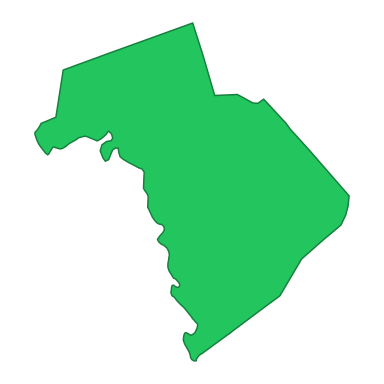 Kaedi, Gorgol, Mauritania (Equal Earth projection)
{"feature_id": "47542326B29120201182559", "entity_name": "Kaedi", "entity_type": "district", "adm_level": 2, "iso_a3": "MRT", "parent_name": "Mauritania", "parent_adm1": "Gorgol", "projection": "equal_earth", "projection_center": [-13.341, 16.007], "detail": "fine", "context": "isolated", "style": "filled", "palette": "green", "viewbox_px": 384, "rotation_deg": 0, "n_neighbors": 0, "source": "geoboundaries", "source_scale": "gbopen_adm2", "svg_char_len": 2689}
<svg xmlns="http://www.w3.org/2000/svg" viewBox="0 0 384 384"><path d="M65.1,69.3L63.2,70.1L55.9,117.2L41.1,123.4L39.5,126.6L36.8,130.5L35.3,131.9L34.9,133.0L35.0,134.5L36.8,139.9L38.6,143.8L40.1,146.0L40.7,146.9L42.5,149.2L44.0,151.1L45.5,153.1L47.7,154.8L48.7,154.0L52.1,148.3L52.9,147.4L54.1,146.9L55.6,147.7L59.8,148.9L61.8,148.7L63.7,147.7L65.5,146.6L67.5,145.0L68.6,144.0L73.2,141.3L75.9,139.8L78.4,138.0L79.8,137.4L84.7,136.2L86.4,136.4L97.3,140.9L101.1,138.8L106.0,134.6L108.1,131.4L108.8,131.4L109.9,132.3L110.7,133.0L111.7,134.3L112.1,135.9L112.7,138.0L111.2,140.7L106.5,141.5L102.0,144.8L100.2,150.8L103.0,158.0L105.3,161.2L108.6,159.7L110.4,155.3L112.6,150.0L115.4,148.0L118.3,148.2L118.4,149.2L118.6,151.1L118.8,152.5L120.1,156.7L123.5,159.5L128.7,162.6L134.0,165.3L136.3,166.5L138.5,167.8L139.5,168.1L141.9,168.9L144.2,172.1L143.8,180.1L143.8,181.5L143.5,188.3L144.9,190.7L145.5,191.5L146.8,193.4L147.7,194.7L148.1,196.2L148.1,198.0L147.7,207.2L150.1,212.1L152.3,217.0L153.6,218.9L155.0,220.8L156.7,222.6L158.7,223.9L160.0,224.3L161.3,224.3L162.8,225.3L164.0,226.9L164.2,228.2L164.3,229.4L164.0,230.5L162.7,232.8L161.1,234.5L159.9,235.9L159.1,236.9L158.9,237.7L157.8,238.6L157.5,239.4L157.9,240.3L159.2,242.5L160.3,243.2L161.6,244.5L162.7,244.6L163.5,245.1L165.3,246.6L167.1,248.2L168.3,250.6L169.0,252.6L169.3,254.6L169.3,255.7L168.9,257.3L168.5,260.8L168.0,263.0L167.9,265.1L167.9,267.1L168.8,270.2L169.7,272.0L171.3,274.5L172.8,277.0L173.6,278.1L174.3,278.3L175.7,279.1L177.0,280.5L178.8,282.6L179.8,284.8L179.4,286.1L178.8,287.1L177.8,287.5L176.6,287.1L174.8,286.2L173.8,285.3L173.2,285.2L172.6,285.2L172.0,285.8L171.5,287.9L171.2,291.0L170.9,292.1L171.1,293.3L171.9,295.5L172.5,296.2L173.2,296.5L173.7,296.6L174.9,298.0L175.6,299.0L176.8,300.5L178.9,302.8L180.2,304.2L181.5,305.3L182.3,306.2L183.6,307.2L185.4,309.3L191.7,317.2L192.4,318.5L194.0,320.1L194.5,320.6L195.3,321.7L196.3,322.7L197.3,323.7L197.7,324.9L197.5,326.1L196.9,328.6L195.4,331.6L194.8,332.9L193.0,334.2L191.7,334.9L190.9,335.3L189.6,334.6L187.4,333.3L186.1,332.7L185.4,332.8L184.7,333.2L184.3,334.1L183.7,336.3L183.5,338.1L183.3,340.0L183.9,341.9L184.8,344.2L185.5,345.5L186.5,347.2L188.8,351.3L189.4,352.5L189.9,353.9L190.6,357.5L191.7,359.5L193.1,360.4L194.6,361.0L195.8,360.9L196.3,360.6L196.4,359.6L197.0,358.1L198.7,355.8L199.5,355.2L200.9,353.9L201.5,353.9L228.0,334.5L228.8,334.1L234.4,329.7L256.8,312.9L279.9,295.8L301.6,259.0L322.8,240.3L340.9,225.1L345.7,215.1L348.1,205.9L349.1,195.9L309.6,150.5L290.2,129.1L286.0,123.3L263.7,99.2L257.8,103.3L252.9,103.0L237.4,94.5L214.7,95.5L203.0,55.3L192.7,23.0L110.7,52.6L77.9,64.6L65.1,69.3Z" fill="#22c55e" stroke="#15803d" stroke-width="1.5"/></svg>